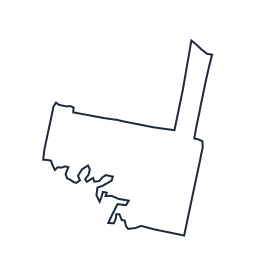 outline of Ubiretama, Rio Grande do Sul, Brazil, rotated 12°
{"feature_id": "56859067B41262426681364", "entity_name": "Ubiretama", "entity_type": "district", "adm_level": 2, "iso_a3": "BRA", "parent_name": "Brazil", "parent_adm1": "Rio Grande do Sul", "projection": "natural_earth1", "projection_center": [-54.665, -28.017], "detail": "fine", "context": "isolated", "style": "outline", "palette": "slate", "viewbox_px": 256, "rotation_deg": 12, "n_neighbors": 0, "source": "geoboundaries", "source_scale": "gbopen_adm2", "svg_char_len": 1387}
<svg xmlns="http://www.w3.org/2000/svg" viewBox="0 0 256 256"><g transform="rotate(12 128 128)"><path d="M51.6,176.6L56.0,176.0L59.5,176.0L61.9,180.0L65.2,184.3L67.4,181.0L71.2,180.6L74.3,178.7L77.8,178.7L77.0,182.9L76.6,186.2L78.8,189.8L82.9,190.8L86.0,192.3L89.0,192.3L91.9,189.2L89.0,185.2L91.6,178.0L96.6,173.0L99.3,176.5L99.1,182.0L96.7,186.9L98.9,189.2L104.2,184.1L106.2,187.5L110.8,186.0L113.2,181.6L116.2,178.7L123.3,178.7L122.9,182.9L120.0,185.5L114.9,190.0L110.5,192.7L111.1,200.3L115.6,206.0L116.4,201.1L116.8,195.7L120.7,195.7L120.2,199.2L126.1,197.8L133.6,199.3L143.8,198.9L142.2,203.8L133.6,204.7L130.6,215.8L128.5,225.0L133.9,224.2L134.9,219.4L134.5,214.8L137.4,214.1L141.0,219.3L144.0,219.2L146.4,224.3L149.1,226.7L156.1,224.3L161.3,221.0L175.0,221.7L205.3,221.5L205.2,186.5L205.2,179.4L205.2,173.9L205.2,165.7L205.2,159.2L205.2,150.9L205.2,144.1L205.1,139.7L205.1,135.4L205.1,131.3L203.5,125.4L198.8,124.5L195.0,124.5L194.8,119.1L194.6,112.1L194.6,97.5L194.4,91.2L194.4,82.1L194.3,66.4L194.5,51.1L195.0,38.8L189.9,39.0L183.0,35.6L176.5,31.6L171.8,29.3L173.7,79.2L173.9,120.5L153.1,122.0L122.8,122.5L116.0,122.3L112.4,122.6L102.1,123.3L71.2,124.1L70.5,119.3L67.0,118.5L63.4,119.7L59.6,119.7L55.6,119.7L52.3,118.1L50.7,122.6L50.7,127.0L50.7,130.6L50.7,141.3L50.7,148.1L50.7,157.6L50.7,161.9L50.7,166.7L51.6,176.6Z" fill="none" stroke="#1e293b" stroke-width="2"/></g></svg>